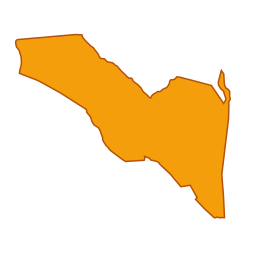 outline of Limoeiro do Norte, Ceará, Brazil, rotated 175°
{"feature_id": "56859067B58683288686996", "entity_name": "Limoeiro do Norte", "entity_type": "district", "adm_level": 2, "iso_a3": "BRA", "parent_name": "Brazil", "parent_adm1": "Ceará", "projection": "equal_earth", "projection_center": [-38.048, -5.136], "detail": "fine", "context": "isolated", "style": "filled", "palette": "amber", "viewbox_px": 256, "rotation_deg": 175, "n_neighbors": 0, "source": "geoboundaries", "source_scale": "gbopen_adm2", "svg_char_len": 1918}
<svg xmlns="http://www.w3.org/2000/svg" viewBox="0 0 256 256"><g transform="rotate(175 128 128)"><path d="M108.0,94.1L102.8,92.4L100.9,91.4L99.2,88.8L89.8,78.3L80.5,64.9L71.0,65.5L65.2,52.5L67.0,51.1L58.6,40.6L49.9,31.1L48.6,31.0L46.8,31.5L44.8,30.6L43.4,30.6L41.7,30.5L39.7,30.3L38.8,52.2L38.7,66.9L38.6,73.6L30.9,110.2L27.0,128.8L25.5,142.4L25.5,145.0L24.3,146.6L23.5,148.2L24.0,150.4L23.8,152.7L23.5,155.3L24.6,157.4L25.9,158.6L27.0,159.4L27.8,161.3L28.2,164.5L27.9,173.5L30.0,177.2L34.0,166.1L34.1,163.1L33.0,160.5L31.8,158.5L29.7,156.5L27.8,148.0L30.6,144.1L41.3,163.1L60.3,170.0L66.9,172.3L71.1,173.8L74.8,174.8L76.3,173.3L77.9,172.4L79.4,172.1L81.2,172.3L82.3,171.0L83.1,168.5L84.5,166.5L85.9,164.9L88.0,164.3L90.5,163.2L92.1,161.8L93.9,161.5L95.4,161.8L96.6,160.8L98.1,160.3L99.9,159.4L101.6,158.0L102.8,155.9L104.3,156.8L106.1,159.2L108.0,161.1L109.2,162.3L110.4,164.1L111.5,166.8L114.5,170.4L116.6,172.2L117.8,173.3L119.0,174.6L119.5,176.6L120.8,177.6L122.9,177.6L124.3,179.0L125.6,180.7L126.8,182.1L128.2,183.6L130.0,185.7L130.9,187.0L131.9,188.4L133.0,190.1L134.1,191.1L135.5,191.8L137.1,193.9L139.0,194.7L140.5,195.1L142.5,195.5L144.0,197.1L145.3,198.9L147.1,199.2L149.3,199.8L150.9,202.8L151.5,204.7L154.6,209.4L155.8,211.3L158.0,212.9L160.0,215.4L161.7,217.3L163.3,219.4L165.2,222.1L165.9,224.9L172.5,225.7L230.6,225.7L232.2,224.3L232.5,222.2L232.1,218.7L230.4,215.9L229.5,214.3L229.2,212.2L228.3,208.5L228.4,203.3L228.9,200.1L230.7,195.0L231.4,191.9L213.9,183.3L209.8,180.7L191.9,168.6L167.9,150.1L167.6,147.0L165.6,144.0L164.3,142.0L163.9,140.3L163.5,138.0L162.6,136.1L161.4,133.9L160.1,132.8L158.7,131.9L157.1,130.3L156.1,127.9L155.5,125.8L155.0,123.7L154.2,121.0L154.2,118.4L153.3,116.0L152.3,114.2L151.4,112.4L149.9,110.9L148.6,108.6L147.2,106.9L136.9,97.6L135.5,96.5L133.3,94.9L114.7,94.4L113.9,96.2L114.0,98.3L109.8,96.3L108.0,94.1Z" fill="#f59e0b" stroke="#b45309" stroke-width="1.5"/></g></svg>